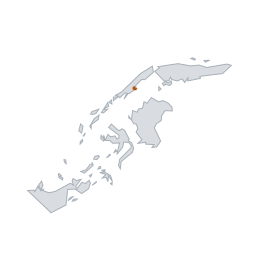 Pati, Jawa Tengah, Indonesia shown in context, rotated 130°
{"feature_id": "22746128B37789509782125", "entity_name": "Pati", "entity_type": "district", "adm_level": 2, "iso_a3": "IDN", "parent_name": "Indonesia", "parent_adm1": "Jawa Tengah", "projection": "albers", "projection_center": [111.054, -6.706], "detail": "fine", "context": "in_parent", "style": "filled", "palette": "amber", "viewbox_px": 256, "rotation_deg": 130, "n_neighbors": 0, "source": "geoboundaries", "source_scale": "gbopen_adm2", "svg_char_len": 4424}
<svg xmlns="http://www.w3.org/2000/svg" viewBox="0 0 256 256"><g transform="rotate(130 128 128)"><path d="M86.5,105.1L90.9,110.8L97.4,110.0L100.8,107.4L106.5,109.0L111.0,107.9L117.0,94.6L124.1,93.9L127.5,97.1L123.9,97.4L128.9,103.9L127.5,105.3L133.4,110.5L128.0,109.9L126.1,119.0L122.0,120.3L119.7,124.0L121.1,126.5L119.5,130.6L111.7,135.7L110.0,131.1L106.8,132.2L103.5,129.6L97.6,132.6L96.8,129.3L89.7,129.7L88.3,121.3L84.7,119.0L83.1,113.3L83.7,107.7L86.5,105.1ZM13.6,89.1L25.4,90.5L40.8,104.8L42.6,106.0L43.4,104.4L53.5,112.5L51.1,114.3L56.7,113.9L55.6,118.2L60.2,120.4L62.7,125.6L61.8,128.1L65.5,127.0L68.7,130.5L67.4,144.0L61.9,142.6L61.8,144.5L46.6,131.1L40.0,119.7L34.1,114.0L31.1,106.6L15.5,93.4L13.6,89.1ZM242.4,132.5L240.4,164.7L235.9,159.9L236.6,158.5L230.4,159.7L231.6,156.6L230.0,154.8L230.6,154.6L231.6,154.8L232.1,154.6L229.4,153.2L230.7,152.9L228.4,146.9L223.4,143.0L207.3,136.6L206.8,132.8L204.5,136.8L202.0,137.5L201.4,133.7L197.6,131.0L206.2,130.6L207.5,128.1L199.4,128.4L197.7,124.9L193.0,124.1L194.5,121.3L200.2,119.1L208.0,121.4L208.8,129.2L213.8,134.7L226.9,126.0L242.4,132.5ZM162.9,111.1L157.2,114.3L141.3,112.9L139.4,114.1L138.6,118.2L141.6,122.3L146.2,119.7L155.4,119.6L144.9,124.8L149.5,130.0L149.2,133.6L152.2,137.5L145.8,139.2L146.0,135.8L142.5,132.9L143.4,129.1L141.4,128.7L139.4,130.0L140.0,143.2L135.7,143.2L136.1,135.4L135.4,132.8L132.4,132.1L132.1,128.8L135.8,119.9L137.5,119.7L137.0,115.8L139.8,110.7L143.9,109.0L158.1,111.7L164.2,107.7L162.9,111.1ZM69.0,144.4L80.2,146.2L81.9,148.7L90.5,149.5L92.6,146.9L101.0,149.4L103.3,153.0L110.1,153.7L110.0,156.8L111.0,158.6L104.4,156.1L78.2,153.4L65.0,149.1L69.0,144.4ZM177.2,112.3L182.1,108.9L179.8,112.9L182.9,115.6L177.8,115.0L180.3,121.0L176.8,117.6L175.7,110.8L178.9,105.7L177.2,112.3ZM178.9,130.7L190.6,132.4L191.6,136.1L186.9,133.3L180.3,133.6L178.5,132.1L177.3,133.8L178.9,130.7ZM151.3,158.4L142.6,159.8L136.6,158.5L140.6,156.3L149.0,158.4L152.0,155.9L151.3,158.4ZM126.6,155.7L132.3,156.5L133.3,158.3L121.8,159.8L123.7,156.7L127.6,158.5L128.9,157.9L126.6,155.7ZM161.7,160.3L161.8,163.9L155.3,166.9L155.7,163.5L161.7,160.3ZM68.7,123.4L70.3,127.3L72.6,127.8L71.8,130.3L68.5,129.1L67.4,125.9L64.2,125.3L65.8,123.0L68.7,123.4ZM228.7,159.8L224.3,160.1L226.7,156.2L230.1,155.5L231.1,157.1L228.7,159.8ZM137.6,161.9L140.2,163.7L141.4,165.6L138.7,166.2L132.4,162.5L137.6,161.9ZM172.2,131.6L173.9,134.3L171.2,135.2L168.1,133.1L168.3,131.5L172.2,131.6ZM110.4,155.6L116.5,156.8L113.7,159.0L110.4,155.6ZM119.9,155.8L120.8,159.2L117.2,158.7L119.9,155.8ZM79.5,128.4L76.5,131.0L76.8,127.8L79.5,128.4ZM209.9,144.7L210.4,149.0L209.0,149.2L208.0,146.0L209.9,144.7ZM108.5,149.6L103.9,150.9L101.9,150.1L108.5,149.6ZM153.7,138.3L153.6,142.2L150.9,143.8L152.1,138.6L153.7,138.3ZM23.6,109.0L27.9,111.1L27.4,113.1L23.6,109.0ZM34.4,124.5L32.7,123.7L31.9,120.6L33.1,120.5L34.4,124.5ZM193.3,156.7L192.5,155.1L195.1,152.4L194.9,155.0L193.3,156.7ZM190.1,117.3L195.0,118.6L189.5,117.9L190.1,117.3ZM160.2,124.1L164.7,125.3L159.8,125.1L160.2,124.1ZM151.6,140.1L149.2,142.0L151.3,138.6L151.6,140.1ZM215.1,121.3L217.6,121.7L219.9,123.7L217.6,124.0L215.1,121.3ZM171.1,154.3L169.5,155.6L166.2,155.7L167.1,154.1L171.1,154.3ZM209.5,149.7L208.3,151.7L207.2,151.6L207.5,148.4L209.5,149.7ZM178.8,124.7L175.9,125.0L175.1,124.2L176.4,123.0L178.8,124.7ZM215.3,125.9L218.9,126.4L222.3,127.3L219.0,127.6L215.3,125.9ZM152.8,121.6L155.7,123.0L152.6,123.6L152.8,121.6ZM181.9,105.7L179.8,105.2L181.8,103.8L181.9,105.7ZM159.1,157.6L162.5,156.6L162.8,157.3L159.1,157.6ZM189.8,125.3L189.2,127.0L186.7,126.0L188.0,125.5L189.8,125.3ZM119.8,133.8L118.5,135.0L119.5,131.2L119.8,133.8ZM176.1,118.0L177.6,120.5L177.0,120.8L174.8,118.8L176.1,118.0Z" fill="#d9dde1" stroke="#a8b0b8" stroke-width="1"/><path d="M94.7,149.0L94.7,148.9L94.6,148.7L94.5,148.4L94.5,148.5L94.5,148.4L94.5,148.5L94.5,148.4L94.5,148.2L94.4,148.1L94.1,148.0L94.0,147.9L93.9,147.8L93.9,147.7L93.7,147.3L93.6,147.2L93.6,146.9L93.4,146.8L93.2,146.8L93.3,146.9L93.2,146.9L93.3,146.9L93.2,146.9L93.2,147.0L92.9,147.2L92.9,147.3L93.0,147.4L92.9,147.4L92.9,147.5L92.9,147.8L92.9,148.0L93.0,148.1L93.0,148.3L93.1,148.5L93.2,148.8L93.3,148.9L93.2,148.9L93.1,149.0L92.8,149.1L92.7,149.2L92.6,149.3L92.4,149.4L92.4,149.5L92.5,149.7L92.8,149.6L93.0,149.5L93.3,149.6L93.5,149.6L93.8,149.5L93.8,149.4L94.0,149.3L94.1,149.2L94.1,149.3L94.2,149.2L94.3,149.2L94.5,149.1L94.7,149.0Z" fill="#f59e0b" stroke="#b45309" stroke-width="1.5"/></g></svg>